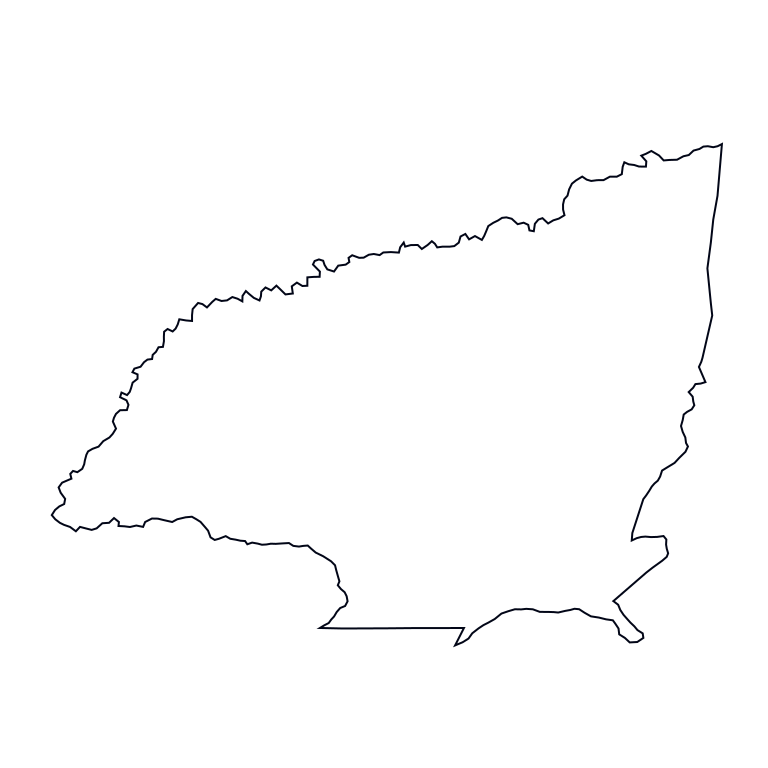 Ituaçu, Bahia, Brazil (Natural Earth projection), rotated 93°
{"feature_id": "56859067B14233207063094", "entity_name": "Ituaçu", "entity_type": "district", "adm_level": 2, "iso_a3": "BRA", "parent_name": "Brazil", "parent_adm1": "Bahia", "projection": "natural_earth1", "projection_center": [-41.391, -13.875], "detail": "fine", "context": "isolated", "style": "outline", "palette": "ink", "viewbox_px": 768, "rotation_deg": 93, "n_neighbors": 0, "source": "geoboundaries", "source_scale": "gbopen_adm2", "svg_char_len": 4485}
<svg xmlns="http://www.w3.org/2000/svg" viewBox="0 0 768 768"><g transform="rotate(93 384 384)"><path d="M341.1,67.3L298.4,59.8L287.0,61.7L281.2,62.6L251.6,67.1L225.6,65.0L202.6,63.8L178.6,60.8L126.7,59.1L129.1,63.3L130.3,67.6L129.6,73.0L130.2,77.5L132.8,81.3L134.7,87.1L139.4,91.6L140.9,96.9L144.7,103.1L145.3,110.5L146.1,116.4L141.4,121.3L137.3,129.2L140.5,134.6L142.5,139.0L147.9,133.7L153.2,133.8L153.5,140.7L152.2,145.6L151.8,151.1L150.0,155.6L154.6,157.0L162.0,157.5L164.8,162.4L165.1,169.2L168.9,175.4L169.3,181.8L170.4,187.7L169.3,192.3L166.5,196.9L170.7,203.0L174.1,206.8L179.9,209.3L186.3,210.6L190.1,213.7L195.3,214.6L200.4,214.3L206.0,212.6L209.7,218.1L211.7,223.5L215.1,228.5L210.1,234.4L211.7,238.4L216.1,241.7L223.6,242.4L223.0,246.8L217.5,248.3L215.6,253.0L217.4,258.9L212.3,265.1L211.2,270.5L211.9,274.8L214.8,278.8L217.3,283.3L220.8,288.1L226.0,289.9L230.9,291.7L235.0,293.8L231.5,300.9L235.1,306.6L229.9,310.6L232.7,315.3L238.9,316.7L242.6,321.0L243.4,325.5L243.8,332.8L244.8,338.0L241.3,340.5L238.9,343.7L242.9,347.7L247.2,353.3L243.4,357.6L243.9,364.6L245.7,370.1L241.7,371.7L246.6,375.0L252.0,376.0L251.9,384.0L252.7,391.6L255.5,395.1L254.7,401.0L255.7,405.9L258.9,410.9L259.3,415.4L257.1,422.5L259.9,426.0L264.0,425.0L266.8,428.5L268.2,435.9L274.3,439.8L272.5,446.6L268.2,449.6L264.1,451.2L263.0,455.5L264.8,459.7L268.4,461.2L275.1,453.9L280.3,453.9L280.7,459.7L281.5,466.1L289.9,465.7L290.4,470.6L287.3,476.3L291.3,481.2L298.4,479.8L299.7,487.1L295.0,492.4L291.4,496.6L296.4,501.5L293.8,507.4L298.2,511.4L302.9,511.5L307.1,512.7L304.8,518.5L301.1,523.5L298.4,526.8L303.4,529.9L308.9,529.8L306.5,534.7L305.1,540.0L308.7,545.1L309.6,550.6L307.8,556.5L311.0,559.8L316.8,564.8L313.7,569.5L312.8,573.9L319.2,579.0L325.4,579.3L331.1,579.0L330.9,585.0L330.1,591.8L335.3,593.1L339.6,595.0L342.6,597.8L340.4,603.0L343.3,606.3L348.3,606.3L352.7,606.0L358.5,606.7L359.1,611.1L363.8,613.4L367.0,616.5L371.2,616.9L372.0,621.5L374.8,624.8L379.5,628.0L381.7,634.1L385.4,635.8L387.3,630.6L391.7,630.4L395.8,635.1L401.5,636.4L405.2,637.5L408.5,640.0L406.3,645.7L411.0,646.9L413.8,640.3L418.2,638.1L423.5,639.4L424.0,646.2L427.9,650.1L431.9,651.9L435.7,652.8L442.6,649.3L448.0,652.3L451.8,655.4L455.7,661.3L461.5,665.8L464.0,671.7L466.8,676.0L470.2,677.5L475.9,678.7L479.9,679.2L484.5,680.9L488.1,685.6L487.1,690.0L490.2,692.6L494.9,691.2L497.2,695.9L499.4,700.3L504.3,703.5L509.5,701.2L515.4,696.4L520.6,697.1L523.2,701.8L527.0,705.9L532.3,708.9L536.3,705.2L539.6,700.4L541.4,696.2L543.2,690.0L547.2,684.0L542.6,680.1L543.8,674.3L545.0,668.3L543.2,663.4L537.8,658.0L537.0,651.3L532.0,646.6L535.7,641.5L539.7,641.7L539.7,635.8L540.1,630.2L538.3,623.9L539.3,617.1L534.3,615.3L530.5,608.7L530.3,602.8L531.5,596.4L532.9,588.3L529.9,583.4L527.5,575.1L526.6,568.9L528.9,564.3L531.3,560.0L536.6,554.9L539.7,552.0L546.2,549.2L548.6,544.9L547.2,540.7L544.2,534.1L546.6,529.4L547.2,524.0L548.0,519.2L548.1,514.5L551.2,512.1L549.3,507.4L550.0,501.7L550.9,497.5L550.4,493.0L549.4,488.6L549.3,483.8L548.5,477.0L547.8,470.6L550.4,466.1L550.8,460.4L549.9,456.2L549.3,451.7L552.2,448.2L555.9,443.4L559.2,435.7L563.8,427.6L567.6,423.4L572.3,422.0L578.5,419.9L583.4,418.2L587.4,419.6L591.0,416.3L594.0,412.4L597.9,410.2L602.9,409.0L607.7,411.2L610.0,416.0L614.2,419.3L618.8,421.7L621.9,424.3L625.6,426.7L628.1,431.0L631.0,435.2L630.3,412.1L627.8,367.9L626.1,340.1L623.5,291.4L641.3,299.3L637.8,292.0L633.8,286.3L628.3,282.8L623.1,276.8L619.6,272.1L616.9,267.4L612.9,261.1L607.1,254.7L604.4,248.0L602.1,241.5L601.9,235.1L601.1,230.2L601.2,223.6L603.4,216.5L603.0,207.3L602.9,202.5L603.1,198.1L601.1,191.2L599.9,186.1L598.5,182.0L598.7,177.3L601.9,171.8L605.2,165.2L606.0,157.2L607.4,149.9L608.0,143.1L611.2,140.5L615.9,137.0L621.7,136.0L625.0,130.1L629.2,125.1L628.4,117.6L624.0,111.7L619.5,112.6L616.5,118.0L612.9,121.3L609.4,125.4L606.4,128.4L602.0,132.7L597.3,136.2L592.2,138.6L588.8,143.6L558.6,112.2L553.3,106.1L545.9,96.9L541.8,92.6L538.2,91.4L533.7,93.0L529.6,93.9L524.5,93.9L521.2,96.9L522.4,103.2L522.9,109.4L522.7,115.0L523.3,119.2L524.7,123.5L527.3,128.4L519.8,128.2L485.4,119.0L481.6,116.4L476.9,113.6L472.4,111.2L469.2,108.7L466.2,105.5L462.0,103.4L455.9,101.8L452.3,96.6L447.6,89.7L442.2,85.2L435.9,79.4L430.5,77.2L427.1,79.3L421.6,80.3L416.2,83.2L410.4,85.2L404.3,83.8L398.8,83.1L396.0,79.9L393.2,75.4L389.0,73.0L385.4,74.2L380.5,75.1L376.1,79.3L371.6,75.1L367.8,73.0L367.0,67.8L365.3,63.1L350.5,70.4L345.2,68.3L341.1,67.3Z" fill="none" stroke="#020617" stroke-width="2"/></g></svg>